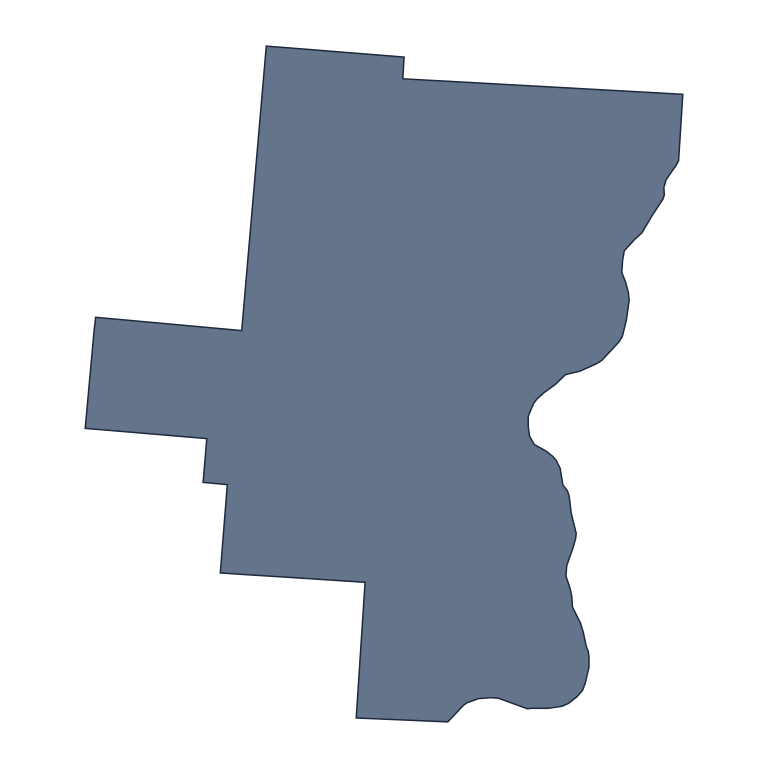 Gallia, Ohio, United States of America (Robinson projection)
{"feature_id": "52423323B24958589312778", "entity_name": "Gallia", "entity_type": "district", "adm_level": 2, "iso_a3": "USA", "parent_name": "United States of America", "parent_adm1": "Ohio", "projection": "robinson", "projection_center": [-82.227, 38.809], "detail": "fine", "context": "isolated", "style": "filled", "palette": "slate", "viewbox_px": 768, "rotation_deg": 0, "n_neighbors": 0, "source": "geoboundaries", "source_scale": "gbopen_adm2", "svg_char_len": 1120}
<svg xmlns="http://www.w3.org/2000/svg" viewBox="0 0 768 768"><path d="M94.1,330.8L85.2,428.4L206.8,438.6L203.1,482.4L227.3,484.6L220.3,573.0L365.1,582.3L356.2,718.0L447.8,721.9L463.5,705.3L467.0,702.8L478.5,698.6L490.3,697.7L498.3,698.2L527.5,708.8L531.4,708.3L548.4,708.3L562.3,706.2L568.5,703.4L576.9,696.8L582.6,690.3L585.2,683.2L589.0,667.1L589.0,657.1L588.3,651.6L586.3,646.4L583.2,632.0L580.4,622.9L572.4,606.9L571.8,596.2L569.8,587.4L565.9,575.9L566.8,565.4L573.0,547.8L575.7,538.4L576.2,533.4L573.6,522.8L571.2,513.0L569.1,495.6L567.4,490.7L562.9,485.0L560.1,468.2L556.1,460.3L552.8,456.4L545.9,451.0L534.3,444.5L529.6,436.4L528.3,427.3L528.2,416.3L533.5,403.6L536.9,399.1L543.3,393.2L555.6,384.2L565.5,374.6L579.8,371.2L596.5,363.7L601.8,360.4L618.9,342.0L622.3,336.7L626.3,320.4L629.2,300.1L628.3,292.1L626.9,287.1L625.6,282.1L621.8,272.5L622.6,260.3L624.3,250.7L634.6,239.5L641.9,232.9L651.6,216.4L662.9,199.2L664.3,195.1L663.9,187.5L666.1,179.8L676.5,164.7L678.6,160.7L682.8,94.3L402.8,78.8L404.1,57.1L266.3,46.1L241.7,330.6L95.6,317.3L94.1,330.8Z" fill="#64748b" stroke="#1e293b" stroke-width="1.5"/></svg>